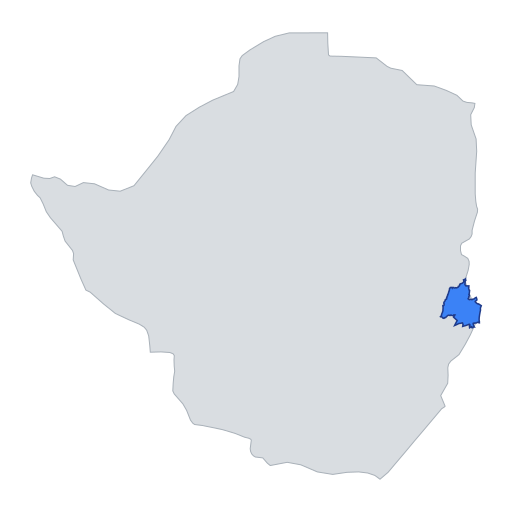 location of Chimanimani, Manicaland, Zimbabwe
{"feature_id": "62879985B88663690016764", "entity_name": "Chimanimani", "entity_type": "district", "adm_level": 2, "iso_a3": "ZWE", "parent_name": "Zimbabwe", "parent_adm1": "Manicaland", "projection": "robinson", "projection_center": [32.597, -19.741], "detail": "fine", "context": "in_parent", "style": "filled", "palette": "blue", "viewbox_px": 512, "rotation_deg": 0, "n_neighbors": 0, "source": "geoboundaries", "source_scale": "gbopen_adm2", "svg_char_len": 6464}
<svg xmlns="http://www.w3.org/2000/svg" viewBox="0 0 512 512"><path d="M380.0,479.2L374.8,475.4L367.7,473.0L358.7,471.9L347.1,472.3L332.7,474.4L317.3,471.9L300.8,464.8L287.2,462.3L270.9,465.4L270.2,465.5L267.3,463.1L262.8,457.9L255.4,457.0L253.4,455.8L251.7,453.9L250.6,451.4L250.2,448.7L251.3,440.2L250.7,439.2L248.7,438.2L244.6,437.2L234.8,433.3L222.4,429.6L202.4,425.5L194.6,424.5L192.8,423.2L190.5,420.1L186.6,410.3L182.9,403.9L174.2,393.9L172.8,390.9L173.2,383.0L173.8,376.6L174.7,371.2L174.2,366.1L174.0,359.8L174.3,355.6L173.1,353.8L169.9,352.5L161.0,351.9L150.3,352.2L149.8,345.8L148.7,335.9L146.7,330.2L144.2,327.2L139.2,324.1L129.1,319.9L115.4,313.5L103.6,304.0L90.1,292.1L85.9,290.1L80.9,278.9L73.2,259.9L73.6,253.6L72.5,250.5L65.1,241.1L63.4,236.2L62.1,231.3L50.3,217.6L46.3,211.7L43.2,204.0L40.1,197.8L37.5,195.4L34.2,191.2L31.8,186.4L30.7,182.9L31.5,178.1L32.6,174.8L43.8,178.2L49.8,178.5L54.6,176.8L60.4,179.1L67.5,185.3L75.1,186.5L83.4,182.6L94.5,183.8L108.6,190.0L120.2,191.2L134.0,185.7L146.3,170.5L157.8,156.2L169.1,139.7L176.0,126.4L186.0,115.6L199.3,107.2L212.8,100.1L233.6,91.5L237.7,84.4L239.0,76.6L239.0,65.8L240.0,58.8L242.2,55.6L245.6,53.1L250.1,49.8L263.7,41.6L275.2,36.3L289.2,32.9L304.5,32.9L319.2,32.8L327.6,32.8L327.8,43.2L328.5,54.9L330.1,56.1L341.2,56.3L359.0,57.1L376.2,57.9L387.1,66.4L390.8,68.2L402.2,70.5L416.8,84.7L434.2,86.0L446.3,90.4L456.9,95.3L463.0,101.1L466.9,102.4L472.3,102.9L474.9,103.4L474.3,107.6L470.7,114.7L471.2,124.9L476.1,139.0L476.7,151.3L475.2,173.0L475.2,193.9L475.8,201.4L476.6,206.4L477.6,209.1L477.4,212.2L474.5,221.0L472.1,230.3L472.1,234.0L471.1,236.6L469.4,238.9L461.8,243.2L460.5,245.8L460.5,250.6L461.5,254.6L464.3,256.1L467.8,258.4L469.1,261.4L469.2,264.6L468.1,270.5L465.0,280.2L468.0,291.4L471.5,298.6L476.2,307.0L478.1,312.2L478.0,315.9L477.3,319.6L470.3,334.9L465.2,344.4L459.0,354.6L450.8,361.1L448.6,364.1L447.8,367.7L448.1,375.3L447.7,383.3L440.7,395.6L445.1,406.2L444.1,407.2L441.7,408.7L431.6,420.7L421.5,432.7L414.0,441.5L405.6,451.6L396.1,462.8L388.0,472.4L380.0,479.2Z" fill="#d9dde1" stroke="#a8b0b8" stroke-width="1"/><path d="M440.4,316.7L440.5,316.8L441.0,316.6L441.3,316.6L441.5,316.8L441.8,317.0L442.0,317.2L442.3,317.4L442.4,317.5L442.5,317.5L442.6,317.8L442.9,318.1L443.0,318.1L443.3,318.2L443.6,318.1L443.9,318.3L444.0,318.2L444.3,318.0L444.6,318.0L444.6,317.9L444.6,317.7L444.8,317.7L445.0,317.6L445.6,317.4L445.8,317.4L445.9,317.2L446.7,316.5L446.9,316.3L447.0,316.1L447.3,315.9L447.5,315.7L448.3,315.2L448.6,315.2L448.8,315.2L449.2,315.2L449.3,315.3L449.6,315.4L449.8,315.5L450.2,315.5L450.3,315.4L450.7,315.1L450.8,315.0L451.0,315.0L451.4,315.2L451.6,315.3L452.0,315.5L452.3,315.6L452.5,315.6L453.2,315.7L453.4,315.5L453.5,315.4L453.7,315.1L453.8,315.0L453.9,314.8L454.1,314.8L454.3,314.9L454.6,315.0L454.9,315.0L454.0,316.5L453.6,317.2L454.6,318.1L455.0,318.5L457.2,320.5L456.1,322.5L454.9,324.9L454.6,325.5L456.7,324.6L458.9,323.5L460.7,323.3L461.2,323.1L462.4,322.9L462.4,323.0L462.3,323.3L462.5,323.4L462.6,323.6L462.8,323.8L462.8,324.0L462.9,324.3L463.1,324.4L462.9,325.3L462.7,326.4L463.3,326.2L465.9,325.5L469.0,324.3L469.4,324.3L469.6,324.3L469.8,324.5L469.9,324.8L469.9,325.0L469.9,325.3L469.7,325.4L469.7,325.5L469.4,325.7L469.4,325.8L469.6,327.8L470.3,327.4L471.1,326.6L471.6,326.6L471.7,327.6L472.5,327.8L473.3,327.0L473.5,327.1L474.3,327.0L474.1,326.8L473.1,323.8L473.2,323.4L473.3,323.4L473.5,323.2L473.8,323.1L474.0,323.1L474.6,323.2L475.0,322.9L475.5,323.0L475.9,323.0L476.3,323.0L476.5,322.9L476.8,322.7L477.1,322.4L477.4,322.3L477.6,322.4L477.9,322.3L478.0,322.4L478.3,322.5L478.6,322.7L478.9,322.7L479.0,322.7L479.4,322.8L479.4,322.4L479.4,322.2L479.2,321.7L479.3,321.6L479.2,321.4L479.3,321.2L479.2,321.1L479.2,320.4L479.1,319.9L479.2,317.6L479.6,314.7L480.1,311.9L480.5,310.2L480.4,308.0L481.3,305.7L478.6,303.9L478.2,304.1L477.9,303.8L476.8,303.4L476.2,302.7L475.9,302.6L475.5,302.0L475.2,301.8L475.2,301.4L476.9,300.0L476.9,299.4L476.8,299.0L476.3,297.4L475.3,297.8L474.1,298.9L473.3,299.1L472.9,299.1L472.6,299.3L472.5,299.5L472.4,299.5L472.3,299.4L471.7,299.6L471.1,299.6L470.7,299.3L469.8,299.4L469.4,299.7L468.6,299.3L468.1,298.8L468.1,298.6L468.6,297.8L468.9,297.6L468.8,296.4L469.3,296.0L469.5,295.2L469.2,294.9L468.9,294.4L469.2,294.1L469.2,293.5L469.3,293.1L469.4,292.4L469.6,290.4L469.2,290.2L469.0,289.4L468.9,289.4L468.6,288.3L468.8,287.5L468.7,287.4L468.8,287.3L468.8,286.9L468.9,285.9L465.9,285.9L464.9,284.6L465.1,283.0L465.1,282.3L465.1,282.1L465.0,281.5L465.4,281.0L465.4,280.9L465.7,280.5L465.6,280.4L465.8,280.1L465.6,279.9L465.5,279.3L465.5,279.0L465.4,279.1L465.0,279.2L463.5,279.8L463.6,280.1L463.7,280.4L463.7,280.9L463.8,281.1L463.8,281.6L463.6,281.9L463.5,282.2L462.2,283.3L460.4,283.8L460.2,283.9L460.1,284.1L459.9,284.2L459.9,284.5L459.6,284.7L459.6,284.8L459.7,285.0L459.6,285.4L459.6,285.5L459.5,285.8L459.2,286.0L458.9,286.2L458.7,286.2L458.4,286.3L458.4,286.6L458.2,286.9L458.2,287.1L457.9,287.2L457.7,287.4L457.3,287.6L457.1,287.7L456.5,287.8L456.4,287.9L456.1,287.8L455.7,287.7L455.4,287.7L455.2,287.9L454.9,288.0L454.2,288.0L454.1,287.9L453.8,287.7L453.7,287.5L453.4,287.6L453.0,287.5L452.7,287.5L452.4,287.8L452.3,288.0L452.2,287.8L452.0,287.6L451.9,287.4L451.2,287.4L450.8,287.5L450.6,287.5L450.6,287.8L450.2,287.9L449.9,288.0L449.7,288.3L449.5,288.6L449.5,288.8L449.4,289.8L449.2,290.9L449.0,291.0L448.9,291.6L448.7,291.9L448.6,292.1L448.6,292.3L448.5,293.0L448.4,293.2L448.2,293.6L448.1,294.2L447.8,294.5L447.7,294.6L447.6,295.7L447.5,295.9L447.3,296.0L447.1,296.3L447.0,296.5L447.0,296.8L447.1,297.0L446.9,297.3L446.6,297.7L446.6,298.1L446.5,298.3L446.6,298.5L446.7,298.8L446.5,299.1L446.4,299.2L445.8,299.5L445.6,299.5L445.4,299.6L445.2,299.9L445.2,300.3L445.2,300.7L445.0,300.9L444.9,301.0L444.4,301.7L444.3,301.8L444.2,302.0L443.9,302.3L443.9,302.7L443.9,303.1L443.8,303.3L443.9,303.5L444.1,303.7L444.2,303.9L444.2,304.0L444.1,304.4L444.1,304.6L444.0,304.8L444.0,305.1L443.9,305.3L443.7,305.5L443.6,305.4L443.4,305.4L442.9,305.5L442.8,305.9L442.9,306.1L443.1,306.2L443.1,306.4L443.1,306.5L443.0,306.8L443.1,307.1L443.1,307.4L443.0,307.8L443.0,308.0L443.1,308.5L443.0,308.8L442.9,309.3L443.0,309.8L443.0,310.2L442.9,310.3L442.9,310.9L442.8,311.2L442.7,311.5L442.6,311.9L442.5,312.0L442.5,312.3L442.0,313.3L441.9,313.5L441.8,313.9L441.7,314.2L441.7,314.3L441.6,314.6L441.5,314.8L441.4,315.2L441.5,315.5L441.3,315.8L441.3,316.0L440.8,316.3L440.4,316.7Z" fill="#3b82f6" stroke="#1e3a8a" stroke-width="1.5"/></svg>